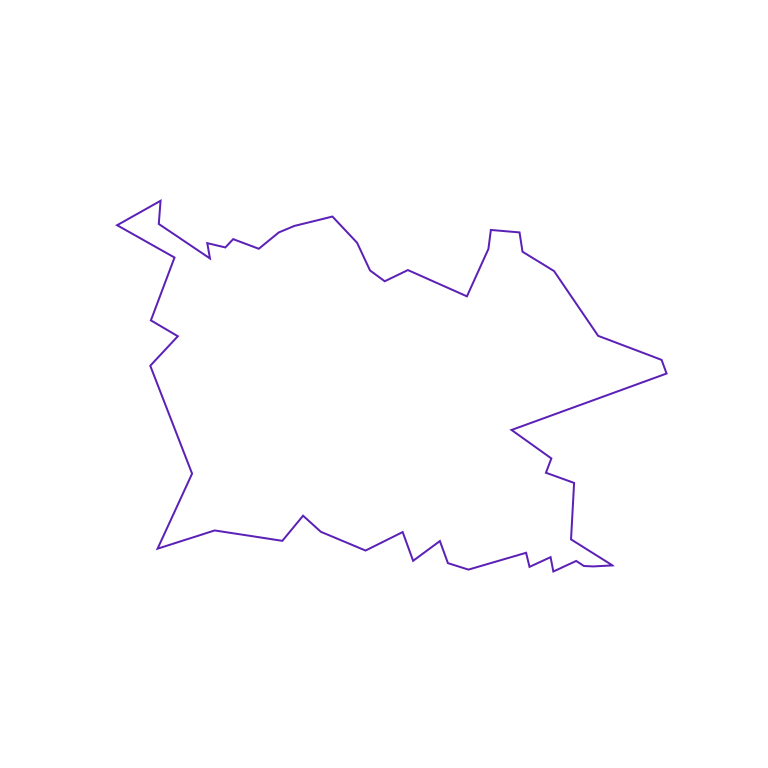 the district of Fier, Fier, Albania, rotated 340°
{"feature_id": "67620474B94080737422449", "entity_name": "Fier", "entity_type": "district", "adm_level": 2, "iso_a3": "ALB", "parent_name": "Albania", "parent_adm1": "Fier", "projection": "natural_earth1", "projection_center": [19.572, 40.718], "detail": "fine", "context": "isolated", "style": "outline", "palette": "violet", "viewbox_px": 768, "rotation_deg": 340, "n_neighbors": 0, "source": "geoboundaries", "source_scale": "gbopen_adm2", "svg_char_len": 862}
<svg xmlns="http://www.w3.org/2000/svg" viewBox="0 0 768 768"><g transform="rotate(340 384 384)"><path d="M236.7,135.4L187.5,143.5L230.4,193.5L186.7,244.5L206.6,268.6L170.6,286.9L173.0,402.6L114.9,461.3L174.8,463.7L234.8,496.6L262.9,480.1L274.1,501.3L309.7,534.2L350.9,529.5L350.9,560.1L382.8,550.7L382.8,574.2L399.9,587.3L459.8,591.2L458.2,605.6L481.3,603.7L479.0,618.1L488.1,617.4L488.3,617.3L502.0,616.2L504.1,616.0L509.6,623.4L518.3,627.0L536.6,632.6L536.5,632.4L506.6,594.0L528.8,542.0L505.8,522.8L515.8,511.2L488.1,470.8L653.1,470.8L653.1,456.3L601.7,412.0L582.4,336.0L559.4,307.1L563.2,287.9L537.1,275.8L528.3,292.8L491.9,330.0L445.4,285.1L419.8,287.7L409.7,272.5L407.0,242.0L392.8,209.0L353.7,204.8L336.9,205.6L312.6,214.1L291.8,196.3L281.6,201.4L266.1,191.2L263.4,206.5L227.1,156.6L236.7,135.4Z" fill="none" stroke="#5b21b6" stroke-width="2"/></g></svg>